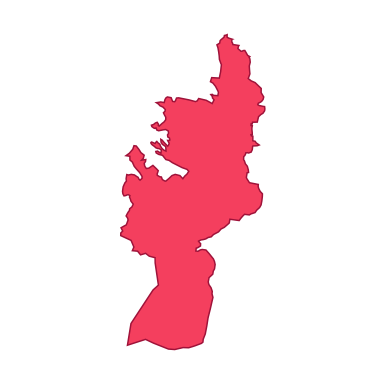 Nurabad, Samarkand, Uzbekistan (Natural Earth projection), rotated 278°
{"feature_id": "79887680B60529301489463", "entity_name": "Nurabad", "entity_type": "district", "adm_level": 2, "iso_a3": "UZB", "parent_name": "Uzbekistan", "parent_adm1": "Samarkand", "projection": "natural_earth1", "projection_center": [66.194, 39.565], "detail": "fine", "context": "isolated", "style": "filled", "palette": "rose", "viewbox_px": 384, "rotation_deg": 278, "n_neighbors": 0, "source": "geoboundaries", "source_scale": "gbopen_adm2", "svg_char_len": 4743}
<svg xmlns="http://www.w3.org/2000/svg" viewBox="0 0 384 384"><g transform="rotate(278 192 192)"><path d="M172.6,243.9L175.1,245.5L177.2,247.1L177.3,252.0L178.5,253.4L180.4,257.3L183.0,258.6L186.0,261.1L188.8,262.2L192.9,262.4L197.1,262.3L200.0,262.0L202.1,259.4L205.0,257.4L206.9,256.7L208.7,256.6L209.0,251.0L209.2,247.6L213.0,244.3L214.1,243.8L218.7,243.9L219.2,245.3L221.7,244.7L225.2,243.2L227.4,240.9L230.1,239.6L231.2,238.6L234.3,238.3L235.4,239.2L237.3,239.8L238.2,239.8L238.6,241.2L238.5,242.7L239.4,244.3L239.7,245.0L241.0,245.4L242.2,245.8L245.6,245.7L246.1,246.0L246.6,248.7L246.9,250.2L247.9,252.0L249.6,248.7L251.0,247.5L251.2,245.1L255.7,244.5L255.9,242.9L257.0,242.4L257.3,243.7L259.1,243.4L262.4,242.6L263.9,242.4L266.0,242.5L266.0,241.2L267.8,241.1L267.8,242.2L269.5,242.2L270.3,246.9L275.8,247.4L278.4,249.5L279.8,251.3L282.5,252.6L284.4,252.6L286.7,252.0L286.7,250.4L287.0,246.4L287.6,245.0L289.1,245.3L290.4,247.2L291.4,248.3L293.5,249.5L296.1,249.8L298.8,247.6L300.1,246.6L304.2,246.1L306.6,242.7L309.1,239.3L310.3,235.1L312.1,231.9L317.0,232.9L321.3,231.9L324.7,231.2L328.6,231.6L331.8,230.8L333.4,229.8L334.1,230.4L335.0,228.1L337.4,226.3L339.5,224.6L339.2,223.0L338.5,222.3L338.2,220.9L340.0,218.1L340.4,217.5L342.7,217.7L343.6,218.1L343.7,214.4L343.7,212.0L345.0,211.5L346.0,210.6L347.8,210.3L348.7,210.2L348.9,210.6L349.5,206.9L350.2,205.2L352.7,204.9L352.0,203.7L351.5,202.3L349.8,202.2L346.8,199.5L345.8,198.8L343.3,198.7L341.2,196.2L338.5,197.6L334.2,199.0L330.5,200.0L327.1,200.7L323.3,202.7L322.2,203.4L315.0,203.6L308.6,203.2L308.0,195.6L303.8,194.9L302.8,197.5L299.9,200.6L295.8,203.5L294.4,204.3L291.0,204.2L290.7,199.8L291.5,198.6L291.1,197.1L289.1,199.1L288.1,199.1L286.3,201.0L282.4,199.7L284.8,193.3L285.5,185.6L283.0,184.5L282.0,182.9L282.8,176.2L283.4,165.7L282.9,163.6L280.1,162.9L279.0,162.3L279.0,160.2L282.5,158.2L282.7,154.4L281.7,153.2L279.9,152.4L276.7,152.0L276.8,148.5L275.5,144.3L274.4,146.6L273.0,148.2L272.0,151.5L269.9,154.1L268.2,154.0L266.5,152.7L264.5,154.0L262.4,155.6L260.4,155.9L259.7,155.8L257.4,154.5L255.7,152.8L252.7,150.4L253.1,149.4L254.4,149.4L256.2,147.8L255.2,146.1L253.5,144.5L252.5,142.5L251.2,143.1L250.5,144.4L250.1,145.0L249.8,146.4L250.4,147.4L248.4,148.6L248.0,150.6L248.3,151.3L249.6,155.0L250.2,157.3L249.2,159.9L247.5,160.5L246.5,160.5L245.1,159.8L243.1,160.4L242.4,162.1L241.0,162.7L240.0,162.7L239.7,160.7L237.0,162.6L235.3,162.3L234.0,161.6L237.8,156.7L239.1,155.4L239.8,153.8L237.1,154.4L235.1,156.0L233.3,159.6L230.9,160.2L228.9,160.5L229.6,158.2L231.0,156.2L233.3,154.2L234.8,153.6L235.8,151.7L236.7,150.6L237.2,150.1L236.7,149.6L234.9,148.7L235.9,145.1L235.3,144.4L234.3,144.7L233.2,146.0L231.8,148.6L230.8,149.9L230.3,151.9L230.4,153.6L229.3,155.8L226.0,155.8L227.7,152.2L227.1,150.5L225.7,151.1L225.3,152.1L224.6,153.8L224.2,157.7L220.5,161.6L220.1,164.9L218.3,168.5L214.8,178.7L213.7,184.0L212.0,185.9L209.0,184.5L206.6,182.5L203.9,181.1L206.6,177.7L207.1,172.9L205.5,169.9L202.1,167.2L199.1,164.5L199.2,163.2L200.2,160.9L202.6,159.6L202.6,158.0L203.7,155.3L205.0,155.0L208.4,155.6L210.1,153.5L212.9,149.6L209.6,145.9L208.9,143.5L211.0,141.6L213.7,140.7L215.7,141.7L217.7,141.7L216.5,137.7L218.5,139.1L221.8,139.5L223.9,135.9L226.7,133.6L229.8,130.4L229.8,128.1L226.1,127.4L221.7,124.6L218.8,121.6L218.7,125.5L215.0,126.1L213.3,128.8L209.4,131.2L207.1,133.7L205.4,135.7L203.9,137.5L200.4,140.4L198.5,140.6L196.5,138.9L197.4,137.6L199.0,136.6L199.7,135.0L200.9,132.6L201.0,129.4L200.0,126.8L200.2,125.0L196.1,124.9L193.5,125.5L192.0,124.4L189.4,123.6L187.5,123.1L184.9,123.1L183.0,123.1L180.6,123.8L178.7,125.2L179.3,127.0L179.9,127.8L180.5,129.2L179.8,131.0L178.2,130.8L176.7,131.8L174.3,132.9L171.8,135.5L168.9,134.6L166.7,132.6L165.0,132.6L163.4,131.7L161.4,130.9L159.1,130.1L157.3,131.8L155.4,132.6L152.5,132.0L150.3,131.5L148.7,129.3L146.7,126.7L143.7,128.8L141.5,127.2L138.9,127.5L135.6,138.4L129.4,142.1L125.6,141.1L125.8,146.4L122.6,149.8L124.8,154.6L122.5,158.6L121.8,164.6L116.6,165.4L95.1,171.7L89.6,167.1L53.3,149.9L31.3,149.4L39.6,166.5L37.0,174.9L33.2,190.5L33.6,196.8L36.7,204.8L37.3,210.4L39.3,214.7L40.3,216.7L43.4,222.4L44.8,223.7L47.8,223.6L53.3,224.9L61.5,225.3L69.6,225.4L79.0,226.4L86.1,227.0L90.6,227.4L93.9,226.0L96.4,225.9L99.8,224.2L102.7,221.6L105.2,220.6L109.6,220.8L113.5,224.0L116.7,224.1L119.0,225.0L123.4,225.0L126.4,223.9L128.7,222.5L133.4,217.5L136.5,213.9L136.5,210.1L135.8,208.3L134.1,206.2L134.1,204.0L137.0,204.0L137.5,205.2L139.7,207.9L142.1,207.7L143.0,206.5L144.2,205.3L144.9,206.2L145.8,207.6L146.6,210.2L147.5,212.2L149.2,214.3L150.3,217.3L152.9,219.2L156.2,223.8L159.4,225.9L161.5,228.9L164.8,231.8L166.5,233.2L170.3,233.3L170.3,242.7L172.6,243.9Z" fill="#f43f5e" stroke="#9f1239" stroke-width="1.5"/></g></svg>